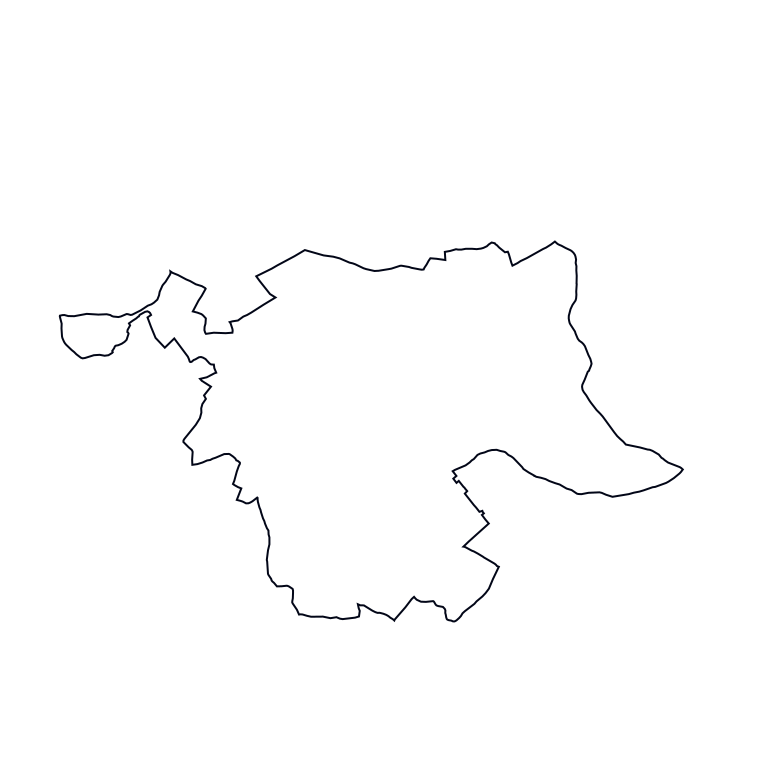 outline of Ploscos, Cluj, Romania, rotated 143°
{"feature_id": "2599482B49200001700985", "entity_name": "Ploscos", "entity_type": "district", "adm_level": 2, "iso_a3": "ROU", "parent_name": "Romania", "parent_adm1": "Cluj", "projection": "equal_earth", "projection_center": [23.828, 46.646], "detail": "fine", "context": "isolated", "style": "outline", "palette": "ink", "viewbox_px": 768, "rotation_deg": 143, "n_neighbors": 0, "source": "geoboundaries", "source_scale": "gbopen_adm2", "svg_char_len": 6166}
<svg xmlns="http://www.w3.org/2000/svg" viewBox="0 0 768 768"><g transform="rotate(143 384 384)"><path d="M518.1,188.9L517.3,189.4L501.3,192.8L491.3,195.6L488.1,195.9L488.0,193.8L487.7,192.0L485.5,187.9L481.7,184.8L475.4,181.0L475.1,180.1L475.5,176.7L475.3,175.5L474.4,174.1L471.1,170.5L470.8,167.8L471.2,166.3L472.9,164.2L473.5,162.6L474.8,160.1L475.3,158.5L475.2,157.7L474.4,156.4L472.7,154.6L471.7,152.8L470.5,151.9L468.5,151.6L464.8,151.9L462.2,152.4L459.3,153.6L456.2,153.9L444.1,154.0L441.0,154.7L433.3,155.1L428.6,155.9L423.4,157.4L414.3,162.7L402.3,168.9L403.3,170.6L403.4,172.5L403.9,174.2L408.6,185.4L408.9,186.5L411.1,192.0L413.0,196.2L414.2,198.1L417.0,204.3L417.8,205.7L418.4,206.3L411.1,207.2L384.3,209.5L384.6,214.7L384.6,220.5L382.1,220.6L382.2,222.3L381.8,223.5L384.7,224.5L384.8,229.9L385.1,233.3L385.4,247.8L382.0,248.4L382.2,251.9L382.1,252.9L382.4,253.9L382.6,261.6L385.6,261.4L385.6,266.7L381.5,267.0L381.6,273.0L379.0,272.7L367.8,269.9L362.8,269.8L359.8,270.2L357.4,270.0L352.0,271.1L348.9,270.5L344.8,268.8L341.2,267.9L337.7,266.4L333.6,263.6L331.4,260.5L328.9,257.7L328.1,256.4L327.4,252.5L325.9,249.4L325.2,247.0L323.7,234.4L323.8,232.2L321.7,226.3L319.6,221.5L319.3,220.2L319.0,220.2L318.3,218.3L315.2,214.8L312.2,210.8L310.4,207.1L306.9,201.7L304.2,198.0L301.1,190.6L298.0,186.4L295.9,180.3L295.0,179.2L292.6,177.2L286.1,174.0L277.1,167.8L275.6,166.0L273.3,161.9L269.4,156.4L254.7,148.7L249.8,146.8L244.9,144.4L240.6,142.8L231.6,139.9L229.3,138.6L218.2,135.2L215.5,134.8L209.1,134.4L201.9,134.7L199.9,135.0L196.8,135.9L197.2,138.0L197.8,139.6L204.4,150.3L205.6,154.0L206.2,156.7L206.8,158.0L207.0,162.3L209.8,169.0L211.3,171.5L212.9,173.0L217.7,179.2L227.3,190.1L227.6,194.0L228.5,198.3L229.1,202.1L229.2,206.8L228.9,226.4L229.2,230.2L229.9,235.2L230.0,244.7L229.9,247.4L229.3,253.1L229.3,257.3L228.9,259.9L227.5,262.6L226.1,264.0L221.1,266.7L213.8,271.2L212.2,271.2L211.4,271.9L208.2,273.7L206.1,275.2L205.3,276.8L204.1,279.9L203.3,284.2L200.8,293.2L200.7,295.8L201.0,298.0L202.0,301.1L202.0,303.6L200.6,309.1L199.9,311.0L199.3,319.5L199.0,321.1L198.1,323.1L197.0,325.2L195.3,327.3L190.0,331.5L185.9,333.7L180.8,335.4L179.1,336.7L176.7,339.4L174.8,342.2L169.9,347.9L169.9,348.2L165.0,354.4L162.1,358.9L159.4,362.3L158.1,365.3L155.7,367.8L154.3,370.7L153.8,372.4L153.7,374.8L154.1,377.2L154.6,378.6L157.1,383.3L159.1,387.7L160.2,389.5L161.1,391.4L161.8,394.9L166.5,394.9L172.5,395.4L175.8,396.1L194.2,398.6L201.0,400.0L204.6,400.2L210.2,401.2L209.3,404.3L206.2,412.4L205.5,415.1L208.1,416.4L209.9,423.6L210.3,427.0L210.9,428.6L210.8,429.7L212.9,432.2L216.1,432.4L219.0,432.1L222.8,432.9L225.1,433.8L228.8,435.9L232.1,438.8L237.2,442.7L241.2,444.7L243.8,446.6L245.4,448.3L251.0,450.4L255.9,452.9L260.4,446.1L266.7,452.4L271.3,456.5L274.3,455.5L278.0,453.8L281.8,452.5L283.4,451.6L285.0,452.5L286.3,453.8L292.1,460.2L293.6,462.4L298.9,468.0L300.0,468.7L308.7,471.7L311.1,472.9L320.2,477.7L323.6,480.0L329.1,486.5L330.7,488.8L334.9,496.9L336.4,499.2L338.5,501.7L343.8,511.0L347.9,516.2L354.8,523.0L366.6,538.6L378.4,539.9L397.6,542.9L404.3,543.7L421.2,546.9L421.3,541.1L420.9,524.4L418.6,518.4L432.4,519.8L446.9,520.9L451.8,521.5L455.8,522.5L462.4,522.6L467.4,525.3L470.0,526.3L470.0,524.8L472.0,519.0L472.9,517.5L474.2,516.2L479.9,519.9L489.1,527.4L496.0,531.2L495.9,532.7L495.0,535.1L492.8,537.7L490.3,539.6L486.8,543.6L487.2,547.6L487.7,549.6L490.0,553.2L493.0,557.0L482.0,562.2L476.6,564.1L469.1,567.4L469.1,568.2L470.6,571.8L474.3,576.9L476.9,582.9L479.0,586.5L482.9,594.9L486.0,600.1L486.8,602.5L487.3,601.6L488.0,600.8L489.4,600.0L496.9,597.1L500.6,596.3L501.8,595.9L507.7,592.6L510.3,590.2L514.2,587.8L518.8,587.4L521.7,587.6L525.5,588.7L534.0,589.2L543.4,590.9L544.8,591.6L546.5,593.9L547.5,594.8L553.5,596.3L555.8,597.3L559.5,600.7L560.4,602.0L561.1,603.8L563.5,606.6L570.3,611.3L579.2,618.9L590.6,624.6L595.3,628.3L597.7,631.4L599.3,632.5L601.7,633.6L602.2,633.1L602.8,631.8L605.1,626.2L608.1,622.5L612.5,615.8L613.2,614.2L614.1,610.4L614.3,608.5L614.2,606.5L613.0,599.1L612.2,595.9L611.8,592.9L610.3,587.5L609.3,585.9L607.1,584.7L598.4,581.6L593.5,578.4L590.1,574.7L586.7,572.8L582.5,572.4L581.5,572.6L581.2,573.9L578.0,575.0L576.3,576.0L575.1,576.0L572.9,574.9L569.2,574.0L565.8,573.8L563.0,574.2L557.7,577.9L557.5,578.8L557.7,580.0L556.2,581.5L551.5,583.6L551.2,585.9L546.4,585.8L542.5,585.5L539.7,585.7L539.0,585.5L538.0,586.1L537.1,586.2L531.4,585.4L529.2,584.4L528.3,582.7L528.1,581.4L528.5,579.3L532.8,579.5L535.7,569.8L538.7,558.3L537.2,544.9L524.1,546.6L524.2,523.9L524.8,521.3L525.6,519.0L525.6,518.4L525.1,517.8L524.1,517.5L521.6,517.7L519.8,517.2L515.7,516.7L513.9,515.7L512.7,514.0L511.5,511.3L511.0,505.6L510.5,504.0L509.6,503.0L508.2,501.9L510.0,498.7L511.2,494.0L513.0,494.6L521.5,496.0L527.8,498.8L527.6,496.2L523.8,486.0L534.6,483.2L535.2,479.3L541.1,477.3L544.6,474.6L547.1,471.0L551.6,467.5L558.8,464.7L576.4,460.3L578.1,459.6L579.1,458.4L578.1,451.0L577.2,447.1L577.4,445.8L577.7,444.9L582.8,439.0L585.7,434.8L581.2,432.3L576.1,430.5L571.3,429.4L568.5,427.9L565.9,427.5L563.0,426.5L553.8,424.2L550.1,421.6L549.5,420.9L548.2,416.9L547.6,414.0L547.9,411.9L547.1,410.7L546.4,408.0L547.1,407.0L549.5,405.8L554.2,402.7L561.8,396.8L564.8,395.0L564.3,393.3L562.6,389.4L560.8,386.5L571.3,380.0L568.9,377.0L567.6,375.1L566.0,371.7L564.0,370.3L562.1,369.8L559.6,369.5L553.6,369.6L553.5,369.1L554.5,367.8L555.7,365.6L557.8,360.3L558.4,357.8L559.4,355.5L561.5,349.5L562.1,346.5L563.0,344.2L564.3,339.3L564.5,336.5L566.7,333.3L567.8,330.5L572.0,324.9L576.7,321.0L583.5,314.0L584.1,312.6L590.9,302.2L591.2,300.8L591.4,296.3L592.0,294.7L592.0,293.5L591.5,291.3L591.3,286.8L587.5,284.1L583.2,281.5L582.5,280.8L581.7,279.4L580.3,275.4L580.8,274.0L582.3,272.0L585.8,267.7L587.9,265.8L588.8,264.7L589.0,263.5L589.4,256.1L590.6,251.0L589.3,250.3L587.8,249.0L585.0,245.2L582.3,242.0L572.8,235.0L567.7,229.2L562.2,226.3L562.0,225.8L560.4,223.1L558.5,221.1L547.7,214.8L543.9,213.4L539.9,217.4L539.2,220.0L537.4,223.8L536.1,221.5L533.3,219.3L529.7,210.0L528.2,207.0L526.9,205.1L525.3,204.0L524.5,203.1L522.7,200.8L521.1,198.2L520.1,195.8L519.6,193.6L518.5,190.9L518.1,188.9Z" fill="none" stroke="#020617" stroke-width="2"/></g></svg>